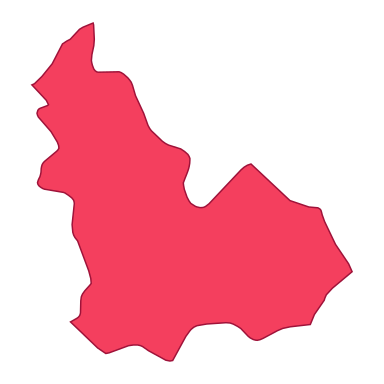 outline of Béja
{"feature_id": "TUN-103", "entity_name": "Béja", "entity_type": "Governorate", "adm_level": 1, "iso_a3": "TUN", "parent_name": "Tunisia", "parent_adm1": "", "projection": "mercator", "projection_center": [9.232, 36.761], "detail": "fine", "context": "isolated", "style": "filled", "palette": "rose", "viewbox_px": 384, "rotation_deg": 0, "n_neighbors": 0, "source": "natural_earth", "source_scale": "10m", "svg_char_len": 2154}
<svg xmlns="http://www.w3.org/2000/svg" viewBox="0 0 384 384"><path d="M31.9,84.9L34.5,83.7L41.9,76.5L52.2,63.8L62.5,43.9L66.9,41.0L70.2,39.3L79.5,29.3L83.0,27.2L93.1,23.0L93.6,24.9L94.3,39.3L93.8,45.7L91.9,54.7L91.4,60.5L91.8,62.9L92.4,65.3L93.8,69.0L95.2,70.8L96.8,71.9L98.3,72.2L119.1,71.8L121.2,72.6L123.6,74.1L127.8,77.8L129.7,80.1L131.2,82.2L132.5,85.4L135.5,95.7L143.7,113.4L148.0,125.4L149.7,128.5L151.4,130.8L162.4,141.3L165.5,143.5L168.6,145.1L180.7,148.9L184.6,151.5L187.9,154.4L189.1,156.4L189.9,158.4L189.9,160.1L189.7,163.4L189.2,166.3L188.6,168.8L187.4,172.3L186.7,174.1L186.0,175.9L185.3,177.6L183.3,182.9L183.6,185.5L184.3,189.3L187.0,197.1L189.0,200.9L190.8,203.4L195.3,206.3L196.8,206.9L199.9,207.6L201.2,207.6L202.7,207.5L204.3,207.1L205.9,206.2L209.0,203.8L241.1,169.8L244.1,167.2L247.4,165.2L251.0,164.0L290.0,200.6L308.9,207.0L317.9,207.8L319.8,208.9L320.9,210.2L321.4,211.7L322.2,214.9L324.6,221.6L335.5,244.4L348.6,263.8L352.1,271.7L332.4,288.2L326.3,294.8L324.9,298.0L324.2,300.3L314.4,314.5L310.3,324.5L290.2,326.8L282.8,328.4L277.4,330.7L263.0,338.4L260.0,339.7L257.2,340.3L255.4,340.1L253.2,339.5L250.2,337.9L248.2,336.3L240.8,328.5L237.8,326.5L233.3,324.1L230.1,323.0L226.0,322.7L206.8,324.0L196.9,325.7L193.8,327.2L191.1,329.4L189.9,330.8L185.9,336.3L172.7,360.5L169.9,361.0L165.8,360.2L148.5,350.7L142.5,346.5L140.4,345.6L137.7,345.0L133.3,345.0L128.5,345.7L109.2,352.8L105.8,353.5L97.7,348.0L70.5,321.9L76.7,318.4L78.4,317.2L79.6,315.7L80.2,314.2L80.5,312.8L80.8,300.8L81.3,296.9L81.9,295.4L82.6,293.9L84.8,290.8L90.1,284.9L91.2,283.4L90.8,278.6L88.8,271.0L77.6,240.9L75.0,237.6L73.7,235.2L72.8,232.3L72.1,224.6L74.3,203.7L74.1,201.8L73.5,200.0L71.7,197.8L68.5,195.3L65.0,193.0L63.5,192.4L44.5,189.2L42.7,188.5L40.9,187.4L39.2,186.1L38.0,184.5L37.5,182.7L38.2,180.3L39.0,178.5L39.9,176.8L40.5,174.7L41.0,172.3L41.2,168.6L41.6,166.4L42.2,164.5L43.1,163.0L44.4,161.5L56.7,151.2L58.0,149.8L58.9,148.2L58.6,145.5L57.3,142.0L51.0,131.6L38.4,117.1L37.5,115.2L37.0,113.2L37.9,110.2L39.0,108.9L40.3,108.2L41.2,107.9L47.4,105.6L48.5,104.7L46.3,100.3L32.0,85.0L31.9,84.9Z" fill="#f43f5e" stroke="#9f1239" stroke-width="1.5"/></svg>